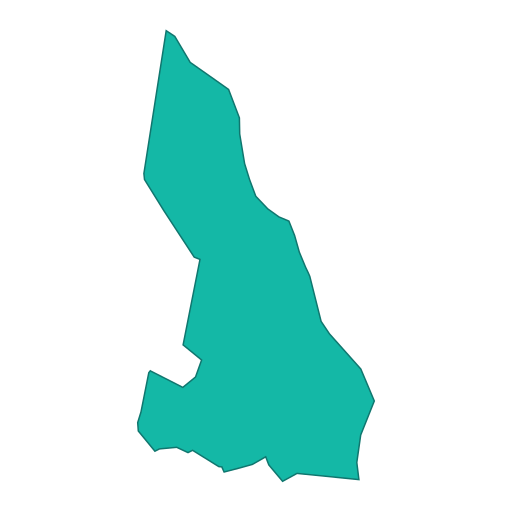 Oron, Cross River, Nigeria
{"feature_id": "59680162B48458945930175", "entity_name": "Oron", "entity_type": "district", "adm_level": 2, "iso_a3": "NGA", "parent_name": "Nigeria", "parent_adm1": "Cross River", "projection": "equal_earth", "projection_center": [8.234, 4.863], "detail": "fine", "context": "isolated", "style": "filled", "palette": "teal", "viewbox_px": 512, "rotation_deg": 0, "n_neighbors": 0, "source": "geoboundaries", "source_scale": "gbopen_adm2", "svg_char_len": 823}
<svg xmlns="http://www.w3.org/2000/svg" viewBox="0 0 512 512"><path d="M358.9,479.6L356.8,462.5L360.7,435.0L374.3,401.0L360.8,369.0L329.4,333.8L321.1,321.4L309.8,276.4L308.2,272.7L305.6,267.3L299.3,252.1L294.6,235.5L288.9,221.1L278.9,216.9L267.8,208.9L255.8,196.3L249.5,179.4L244.6,163.6L239.7,134.0L239.4,117.9L228.6,89.5L214.8,79.7L190.2,62.4L174.8,36.4L166.2,30.7L143.9,173.5L144.5,179.5L164.0,210.9L194.2,257.1L200.0,259.4L183.1,344.9L201.6,360.0L195.6,376.8L195.4,377.1L182.8,387.4L150.6,371.0L150.3,370.8L148.8,372.7L141.0,411.9L137.7,422.6L138.3,431.0L154.9,451.2L159.5,448.9L176.7,447.3L188.0,452.6L192.6,450.3L218.8,466.6L221.9,466.9L222.2,467.8L224.1,472.0L240.2,467.8L252.4,464.4L265.7,456.8L268.8,464.9L274.5,471.7L282.6,481.3L297.0,473.4L358.9,479.6Z" fill="#14b8a6" stroke="#0f766e" stroke-width="1.5"/></svg>